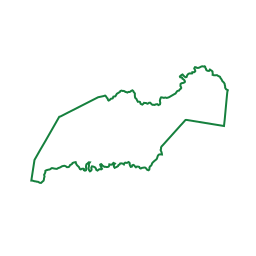 Itambé, Bahia, Brazil, rotated 348°
{"feature_id": "56859067B38142697000043", "entity_name": "Itambé", "entity_type": "district", "adm_level": 2, "iso_a3": "BRA", "parent_name": "Brazil", "parent_adm1": "Bahia", "projection": "albers", "projection_center": [-40.457, -15.162], "detail": "fine", "context": "isolated", "style": "outline", "palette": "green", "viewbox_px": 256, "rotation_deg": 348, "n_neighbors": 0, "source": "geoboundaries", "source_scale": "gbopen_adm2", "svg_char_len": 4525}
<svg xmlns="http://www.w3.org/2000/svg" viewBox="0 0 256 256"><g transform="rotate(348 128 128)"><path d="M63.1,102.7L56.7,109.9L46.6,121.2L45.1,122.9L37.8,130.9L29.9,139.8L22.5,159.3L23.6,159.6L24.5,160.1L25.6,160.7L26.8,161.1L27.7,161.6L28.8,161.9L29.8,162.8L30.6,163.4L31.7,163.6L32.6,163.0L33.3,162.6L34.4,162.0L35.0,161.0L35.4,159.7L35.9,158.8L36.3,158.0L36.2,157.1L36.3,156.2L37.0,155.5L37.9,154.2L38.3,152.7L39.5,152.3L40.4,152.3L41.3,152.2L42.4,152.3L43.6,152.1L44.4,151.6L45.2,151.4L46.1,151.7L47.1,152.2L48.1,152.6L49.0,152.9L49.9,153.2L50.8,152.9L51.7,152.6L52.5,152.6L53.5,152.4L54.4,152.1L55.6,151.7L56.9,151.7L57.9,151.7L59.1,152.4L60.1,153.6L61.3,153.8L62.2,153.7L62.9,153.1L63.8,152.1L64.7,152.0L65.8,151.5L66.5,150.7L67.7,150.5L68.6,150.5L69.7,150.5L69.8,151.8L70.0,152.8L70.3,153.6L70.9,154.6L71.8,155.8L72.2,157.2L72.5,158.2L73.2,158.7L74.6,158.3L75.8,158.5L76.4,159.0L76.1,160.1L77.0,160.8L78.1,160.6L78.6,159.7L78.7,158.6L78.8,157.2L79.4,155.6L80.0,154.7L80.9,154.4L81.8,153.8L82.5,153.4L83.5,153.7L82.4,154.8L82.1,155.8L82.0,156.8L81.4,158.2L81.0,159.1L81.0,160.1L81.2,161.4L81.8,162.5L82.7,162.2L83.7,161.3L83.8,160.0L83.9,159.1L84.8,158.0L85.8,158.4L86.6,158.9L87.5,159.6L87.9,160.3L88.2,161.3L88.3,162.4L89.3,163.3L90.4,162.8L91.2,162.4L92.3,162.5L93.2,162.9L94.1,162.5L93.7,161.1L93.4,160.0L93.2,159.1L93.2,158.0L94.2,157.7L94.9,158.6L95.2,159.5L96.0,160.2L96.9,161.1L98.0,161.3L99.1,161.8L100.2,161.9L101.1,161.7L101.7,161.0L102.2,159.7L103.2,160.2L104.7,160.5L105.5,159.8L106.5,159.1L107.8,160.1L106.9,160.8L106.3,161.9L106.2,163.0L106.7,164.2L107.9,163.9L108.9,163.7L110.3,163.2L111.0,162.2L112.1,162.0L112.9,161.1L114.1,161.2L115.5,161.8L116.4,162.8L117.1,161.8L118.1,161.3L119.0,161.7L119.8,161.9L120.6,161.7L121.4,161.4L122.2,162.2L122.3,163.2L122.0,163.9L122.2,165.3L122.6,166.6L123.7,166.6L124.5,165.3L125.6,165.2L126.3,165.9L126.8,167.0L127.6,168.1L128.4,167.6L129.7,167.8L130.9,168.4L131.3,169.8L132.1,170.3L133.4,169.9L134.5,170.0L135.5,170.0L136.4,170.2L137.3,171.2L138.1,172.9L139.3,173.6L140.2,173.1L140.5,172.3L140.8,171.0L141.8,170.0L142.8,169.6L143.6,168.7L144.1,167.7L145.0,166.9L145.7,166.5L146.8,165.8L148.2,165.1L149.4,164.5L150.0,163.8L150.5,163.0L150.9,162.2L151.5,161.3L152.5,160.5L153.7,160.4L154.7,160.7L155.7,161.0L155.8,159.7L155.7,158.3L155.5,157.3L155.3,156.3L156.0,155.3L156.2,154.1L157.0,153.0L158.1,152.3L178.3,137.6L180.2,136.2L181.4,135.4L185.9,132.1L187.0,132.3L222.3,146.0L224.3,140.0L229.5,123.3L231.7,116.3L232.7,113.2L233.5,111.8L232.1,110.6L231.6,109.5L231.4,108.7L231.6,107.9L231.7,107.0L231.6,106.0L231.7,104.8L231.3,103.7L230.8,102.8L230.1,101.9L229.8,100.6L229.3,99.2L228.8,98.2L228.7,97.3L228.2,96.6L227.5,96.3L226.9,95.7L226.0,94.8L224.5,94.6L223.0,94.3L221.8,93.6L222.2,92.6L222.2,91.6L222.4,90.3L221.7,89.3L221.0,88.7L220.3,87.9L219.2,89.0L218.2,88.8L217.1,88.1L216.5,87.2L216.6,86.1L216.1,85.1L216.2,84.0L215.6,83.5L214.6,83.6L213.6,83.1L212.6,83.1L211.2,83.5L209.9,83.8L208.9,83.8L207.9,83.5L207.2,82.8L206.2,82.4L205.2,83.4L205.4,84.4L205.7,85.6L205.5,86.6L204.3,87.2L202.5,86.8L202.1,87.9L200.9,87.8L199.9,87.4L198.6,87.5L197.7,88.0L196.8,88.8L196.4,89.5L195.9,90.3L195.0,90.4L194.0,89.5L193.2,88.3L192.5,87.0L191.5,87.2L190.4,87.8L189.5,88.3L189.6,89.2L190.6,89.6L191.4,90.0L191.5,91.1L192.3,91.8L193.0,92.8L193.4,94.2L193.0,95.0L191.9,95.3L191.0,95.4L190.0,95.3L188.7,95.7L188.3,96.6L188.0,97.9L188.4,99.0L188.4,99.9L187.7,100.6L186.7,101.0L185.7,102.0L184.9,102.0L183.9,102.1L182.6,103.2L181.6,104.2L180.7,104.4L174.6,106.4L173.2,106.6L172.0,106.6L170.8,105.9L169.4,106.0L168.2,105.4L166.8,104.9L165.9,105.8L165.4,106.8L164.9,107.7L164.8,108.9L164.8,110.2L164.2,111.5L162.5,111.9L161.7,110.8L160.6,110.7L159.8,110.7L158.9,111.0L158.1,110.6L157.2,110.6L156.2,109.9L155.6,108.9L155.0,107.9L153.9,107.7L152.8,108.2L152.0,108.3L150.8,107.3L149.6,107.0L148.9,106.7L148.0,107.5L146.8,108.1L145.4,107.0L145.1,105.0L144.2,104.5L143.1,104.4L142.6,102.8L142.3,101.4L141.3,99.9L141.3,99.1L141.4,98.0L141.6,96.8L141.9,95.9L141.6,94.9L141.0,94.0L140.9,93.1L140.2,92.1L139.0,92.3L137.9,92.9L136.9,93.1L135.9,92.8L134.7,93.2L133.8,92.5L132.9,92.2L132.3,91.3L131.3,90.8L130.5,90.7L129.5,90.1L128.3,90.2L127.6,91.0L126.5,91.4L125.4,91.8L124.2,92.2L123.3,93.2L122.2,94.4L121.1,94.3L120.2,94.3L119.7,95.1L119.2,95.8L118.3,95.9L117.5,95.8L116.7,96.2L115.8,96.9L114.7,97.1L114.2,96.2L114.2,94.9L113.5,93.9L113.1,92.5L112.3,91.5L111.0,91.7L106.7,91.7L105.2,91.7L72.3,100.5L71.2,100.8L64.2,102.7L63.1,102.7Z" fill="none" stroke="#15803d" stroke-width="2"/></g></svg>